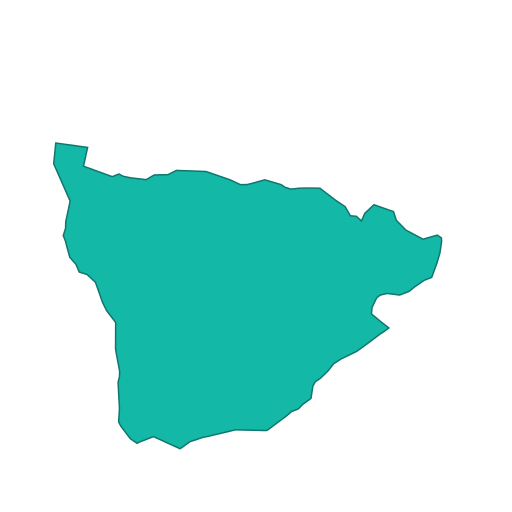 Edati, Niger, Nigeria (Natural Earth projection), rotated 162°
{"feature_id": "59680162B83278495681126", "entity_name": "Edati", "entity_type": "district", "adm_level": 2, "iso_a3": "NGA", "parent_name": "Nigeria", "parent_adm1": "Niger", "projection": "natural_earth1", "projection_center": [5.641, 9.026], "detail": "fine", "context": "isolated", "style": "filled", "palette": "teal", "viewbox_px": 512, "rotation_deg": 162, "n_neighbors": 0, "source": "geoboundaries", "source_scale": "gbopen_adm2", "svg_char_len": 1662}
<svg xmlns="http://www.w3.org/2000/svg" viewBox="0 0 512 512"><g transform="rotate(162 256 256)"><path d="M432.9,153.4L437.9,140.6L437.2,136.2L432.0,121.1L427.0,114.6L423.9,115.1L409.3,115.9L387.8,96.2L385.5,96.8L376.3,99.8L361.9,99.9L359.6,99.5L329.1,97.0L301.6,87.3L299.4,86.7L276.1,94.6L270.3,97.1L267.7,97.2L262.9,97.5L257.7,100.3L247.7,103.6L242.1,114.7L240.6,116.1L239.1,117.5L238.5,118.1L232.8,119.7L223.1,124.4L215.5,129.5L206.9,131.8L189.6,134.2L174.9,139.0L162.8,143.2L157.5,144.6L151.9,146.5L157.8,155.3L164.1,165.2L161.6,171.1L156.5,176.5L154.0,179.0L153.3,179.2L150.2,180.4L149.9,180.4L143.0,179.9L131.5,174.5L131.2,174.5L121.4,175.0L115.0,177.5L103.6,180.9L95.5,181.4L86.2,193.2L80.1,202.1L75.0,212.4L74.1,215.9L77.1,219.8L88.1,220.3L91.6,220.3L91.9,220.3L105.4,234.3L111.5,246.6L111.5,255.7L128.0,268.3L139.3,263.0L144.9,256.7L148.2,262.7L153.8,265.1L156.0,275.4L162.9,284.2L174.3,300.7L180.8,303.0L190.1,306.0L195.1,307.4L198.9,308.1L202.5,309.0L204.7,310.7L207.1,312.3L210.0,316.1L224.0,325.7L231.8,326.1L232.1,326.2L232.6,326.1L237.0,326.3L242.4,326.7L248.8,328.7L251.6,331.3L257.0,336.4L265.9,343.1L277.4,351.8L296.5,358.8L305.3,362.0L314.4,360.6L314.7,360.6L327.7,364.5L327.8,364.5L336.7,362.6L336.9,362.6L350.9,369.0L357.7,372.9L361.0,376.3L367.9,375.9L368.2,375.9L392.3,394.7L382.6,411.3L411.5,425.3L419.9,406.3L415.8,365.7L419.8,358.7L426.3,347.5L428.6,341.1L433.0,335.0L432.6,328.6L433.0,323.7L433.5,312.3L429.8,303.7L429.1,295.4L422.4,290.6L416.8,280.6L416.3,259.5L415.0,250.2L410.0,236.1L418.2,211.3L418.8,207.8L421.3,188.5L423.1,183.5L426.2,178.5L429.3,167.0L432.9,153.4Z" fill="#14b8a6" stroke="#0f766e" stroke-width="1.5"/></g></svg>